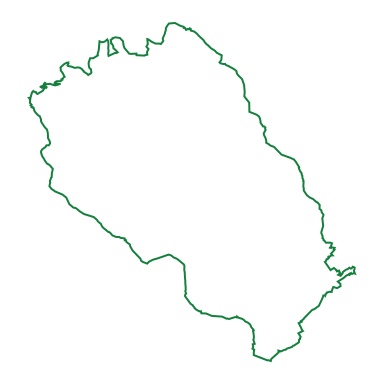 outline of Ciceu-Giurgesti, Bistrita-Nasaud, Romania
{"feature_id": "2599482B28114594722524", "entity_name": "Ciceu-Giurgesti", "entity_type": "district", "adm_level": 2, "iso_a3": "ROU", "parent_name": "Romania", "parent_adm1": "Bistrita-Nasaud", "projection": "robinson", "projection_center": [23.976, 47.27], "detail": "fine", "context": "isolated", "style": "outline", "palette": "green", "viewbox_px": 384, "rotation_deg": 0, "n_neighbors": 0, "source": "geoboundaries", "source_scale": "gbopen_adm2", "svg_char_len": 5769}
<svg xmlns="http://www.w3.org/2000/svg" viewBox="0 0 384 384"><path d="M291.9,347.0L293.2,345.7L294.1,345.5L298.9,342.3L299.0,339.9L300.0,339.0L299.8,338.3L300.5,337.6L300.6,336.6L298.4,333.3L302.9,331.0L302.1,330.2L300.9,327.4L298.7,323.1L301.6,321.8L300.9,321.1L303.5,319.2L303.9,318.4L312.2,309.9L314.2,309.2L318.8,305.9L322.0,299.3L323.3,296.0L323.3,295.5L324.8,295.4L325.2,295.8L325.6,294.1L326.7,293.2L326.8,292.5L329.5,291.8L331.7,291.9L331.8,290.7L333.3,287.0L337.1,288.1L340.5,286.2L340.4,283.9L337.8,281.6L343.6,278.0L345.7,276.1L347.2,275.1L347.9,275.0L349.2,273.9L350.4,273.3L350.2,274.4L351.7,273.5L352.5,273.8L353.9,273.1L354.9,273.5L353.9,270.8L354.5,269.1L354.7,267.6L352.8,266.7L351.6,268.4L350.8,268.6L349.3,267.7L347.9,269.0L346.3,269.5L343.0,271.9L342.5,273.5L340.6,275.8L338.2,274.8L340.3,273.1L338.8,271.5L339.3,271.2L339.0,270.6L336.9,271.4L336.6,270.9L337.0,270.8L336.8,270.4L333.9,268.0L330.6,270.1L324.9,261.9L325.9,261.1L326.6,259.2L327.6,259.2L328.9,257.8L328.2,257.1L328.4,256.6L330.1,256.3L331.1,255.5L332.6,255.4L331.0,253.7L334.5,249.8L333.8,249.4L334.6,247.9L331.6,247.3L331.1,248.0L330.0,247.7L331.0,246.3L332.0,243.3L330.4,242.7L325.9,242.7L324.2,240.4L323.6,240.3L323.2,238.5L322.5,238.2L322.6,236.1L321.4,233.3L321.3,232.2L323.2,225.8L322.3,218.3L323.4,215.5L323.4,214.6L321.7,212.3L321.3,210.3L319.5,208.8L319.7,205.0L317.5,202.4L316.5,202.1L313.0,199.0L309.9,197.6L306.9,195.2L303.9,190.8L303.7,189.4L303.8,188.1L303.3,186.5L303.6,181.8L303.2,181.2L303.5,180.7L302.4,177.7L302.3,175.7L301.7,174.7L301.6,173.2L300.2,171.3L298.9,168.4L299.0,168.0L298.8,167.7L299.2,167.2L295.7,161.6L294.0,159.5L290.3,157.8L281.5,154.6L274.0,146.9L270.3,145.5L268.9,144.3L266.2,142.7L266.3,141.1L265.7,138.5L263.9,134.8L263.8,133.2L265.6,130.0L265.1,128.8L265.4,127.5L264.1,126.4L263.1,126.5L260.5,122.7L260.5,121.3L260.1,119.1L259.1,116.6L256.7,114.7L249.4,111.8L249.2,102.6L244.3,96.4L244.7,92.0L244.1,85.0L242.1,79.2L238.2,75.3L236.8,73.3L236.5,71.2L235.0,69.8L231.4,67.6L229.8,66.9L228.9,66.2L225.9,65.0L225.2,64.0L223.5,64.1L220.5,63.3L219.5,62.4L221.3,60.0L221.7,55.3L216.8,52.8L214.9,50.7L210.7,48.0L207.9,45.2L206.5,44.2L204.6,42.0L203.6,40.2L199.0,36.0L196.6,33.4L194.1,31.5L190.8,30.6L190.8,29.0L189.8,28.3L188.9,29.3L187.5,28.9L186.5,29.9L186.0,29.9L184.9,27.8L183.8,27.9L183.7,26.8L180.3,25.8L175.0,23.0L169.0,23.5L167.8,24.9L166.1,27.7L165.9,28.4L165.8,30.2L165.1,32.2L164.9,33.5L162.7,38.6L163.3,40.9L160.9,44.0L159.2,43.6L155.6,43.6L151.7,41.8L148.5,39.5L147.3,39.1L147.8,44.1L146.4,46.7L148.5,49.1L147.4,51.2L147.0,52.5L147.3,54.7L144.9,55.2L144.5,55.6L136.5,55.2L136.4,53.6L131.4,53.9L129.2,53.7L124.4,47.9L123.6,45.5L123.0,41.3L119.9,38.0L115.5,37.3L112.5,38.2L112.5,38.8L110.7,39.9L111.2,42.4L111.1,43.4L111.9,43.8L112.7,45.1L113.2,46.2L113.5,48.4L115.1,49.6L117.7,52.3L116.7,52.9L114.9,53.0L108.6,55.9L108.2,54.0L108.6,50.5L108.2,48.3L108.5,45.3L108.3,41.8L108.0,40.8L107.2,39.5L105.0,41.5L102.0,42.3L99.5,41.3L98.9,48.7L98.4,51.5L97.5,54.5L97.9,55.4L93.3,58.2L90.1,58.3L88.9,61.9L88.6,63.0L88.9,66.4L89.5,68.1L91.0,69.4L91.4,72.6L91.0,73.3L88.2,75.0L87.5,74.1L83.6,71.5L83.5,70.6L82.7,70.2L81.7,68.9L80.0,67.9L78.5,67.4L74.4,67.8L71.7,66.7L68.1,66.0L67.5,65.4L68.5,63.4L68.3,63.0L68.0,62.9L68.1,62.5L66.9,62.7L64.3,64.0L60.5,67.4L60.8,69.7L60.7,70.5L62.5,72.8L64.6,76.8L63.6,77.4L62.6,78.9L61.6,79.3L62.2,79.9L60.6,81.2L56.9,81.2L55.3,82.0L54.7,82.9L55.5,83.1L55.0,83.5L55.5,84.6L55.9,84.5L56.1,83.7L59.7,83.9L59.7,84.1L55.4,85.4L52.7,84.8L50.1,83.8L45.9,84.3L45.2,84.7L44.9,84.2L45.3,83.0L44.9,82.8L44.2,83.5L43.6,84.8L44.0,85.7L43.7,86.1L42.3,86.0L39.8,87.0L41.3,86.9L42.0,87.8L44.3,86.6L45.7,86.4L46.6,87.2L46.4,87.6L45.7,87.0L45.1,87.2L44.7,88.4L43.4,89.5L43.2,90.4L41.8,91.4L37.3,94.0L35.8,92.5L35.9,92.2L34.0,91.7L33.3,91.0L32.6,91.7L31.8,93.0L30.7,97.1L30.0,97.6L30.2,98.2L29.1,98.1L30.1,99.5L30.0,102.9L31.5,104.6L30.6,105.3L32.3,106.8L31.8,107.3L32.4,107.6L32.9,107.2L33.6,107.9L34.2,110.4L35.2,112.1L37.8,115.0L39.8,116.3L41.0,119.3L41.0,121.1L41.8,122.8L44.9,127.4L46.8,129.3L47.6,131.8L47.9,134.2L48.0,137.9L49.0,140.1L49.4,140.4L50.1,143.0L50.0,143.6L48.8,145.3L46.5,145.3L45.5,147.0L42.3,149.3L41.2,150.9L41.0,152.3L41.5,153.6L41.4,154.0L42.6,156.9L44.1,158.9L44.7,160.4L46.3,162.7L47.5,164.0L48.4,164.2L50.0,165.5L52.8,168.8L51.8,173.9L51.7,177.2L51.2,177.5L49.9,181.2L50.2,182.5L49.4,186.2L51.4,188.8L55.2,191.5L62.4,194.5L66.3,197.6L69.3,204.1L73.4,207.6L75.5,208.0L76.5,208.6L79.7,211.3L83.9,214.0L93.6,217.0L96.8,219.7L98.2,221.7L100.9,223.9L101.8,226.0L103.0,227.6L108.5,232.1L109.0,232.0L110.1,232.7L112.4,235.4L116.0,236.9L119.6,237.1L120.3,237.8L124.6,238.4L124.7,240.0L125.2,239.7L125.8,239.9L126.4,242.0L129.9,244.5L130.2,246.3L132.6,250.5L140.5,258.8L141.0,260.6L142.7,261.9L147.2,263.6L149.0,261.7L153.0,259.7L157.9,258.3L168.6,254.6L171.4,255.5L173.4,257.3L177.1,258.9L183.6,264.2L184.4,265.5L184.3,270.2L184.7,272.1L185.0,278.1L185.3,280.3L185.3,282.9L185.7,287.8L185.7,289.8L185.3,291.2L186.1,293.6L185.2,294.6L185.0,296.1L190.5,303.7L192.9,305.4L193.3,306.3L194.5,307.5L194.5,308.0L195.8,309.3L198.8,311.1L199.7,311.1L200.3,311.7L201.0,311.4L201.4,313.3L206.1,313.5L211.8,315.9L222.0,316.6L226.6,318.7L227.4,318.5L229.0,319.0L234.7,317.2L235.8,317.1L236.9,317.5L237.3,317.1L237.3,316.7L238.7,317.8L242.1,318.8L243.7,319.8L245.6,321.7L247.7,322.5L249.0,323.5L250.3,324.8L251.3,327.2L253.0,329.2L253.0,329.7L253.8,330.3L253.0,331.3L253.4,332.2L253.9,336.7L253.7,339.2L253.3,339.7L254.7,343.8L252.7,344.3L253.2,346.9L252.5,348.7L254.0,349.5L253.9,349.9L254.2,350.0L253.8,352.3L253.8,355.1L267.6,360.4L268.5,360.2L270.8,361.0L271.3,358.9L278.6,352.4L278.4,350.6L280.0,351.0L280.3,351.4L281.0,351.4L284.4,349.8L285.5,349.8L287.0,348.6L291.9,347.0Z" fill="none" stroke="#15803d" stroke-width="2"/></svg>